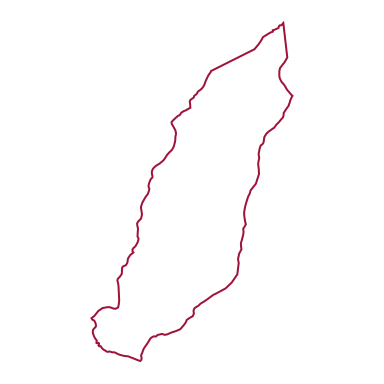 Newfield/Fiette, Choiseul, Saint Lucia (Mercator projection)
{"feature_id": "8701671B94960647396655", "entity_name": "Newfield/Fiette", "entity_type": "district", "adm_level": 2, "iso_a3": "LCA", "parent_name": "Saint Lucia", "parent_adm1": "Choiseul", "projection": "mercator", "projection_center": [-61.052, 13.789], "detail": "fine", "context": "isolated", "style": "outline", "palette": "rose", "viewbox_px": 384, "rotation_deg": 0, "n_neighbors": 0, "source": "geoboundaries", "source_scale": "gbopen_adm2", "svg_char_len": 5995}
<svg xmlns="http://www.w3.org/2000/svg" viewBox="0 0 384 384"><path d="M244.6,209.5L244.9,207.9L245.2,206.5L245.9,203.8L246.4,202.2L247.0,200.1L247.5,198.8L247.7,197.9L248.4,196.1L249.7,193.7L250.2,191.8L250.7,190.4L250.9,189.9L251.3,189.4L252.5,188.1L253.5,186.6L254.7,185.3L255.1,184.6L255.9,183.7L259.0,174.0L259.1,173.4L259.0,173.1L258.8,171.6L258.8,169.6L258.7,168.6L258.2,164.4L258.2,163.7L258.3,162.9L258.3,162.2L258.6,161.1L259.1,158.7L259.2,158.3L259.1,156.9L258.7,155.0L258.7,154.1L258.7,153.6L258.8,152.8L259.3,150.6L259.4,149.7L260.0,147.4L260.5,146.0L260.7,145.6L260.9,145.3L261.7,144.7L262.0,144.6L262.2,144.4L262.8,143.7L263.2,143.1L263.5,142.6L263.9,140.1L264.0,138.9L264.5,136.7L265.7,134.9L265.9,134.3L267.0,133.1L268.7,131.5L270.9,130.0L272.2,129.0L273.0,128.5L273.3,128.4L273.8,128.1L274.5,127.2L275.2,126.4L275.5,125.8L276.1,125.0L276.7,124.4L277.1,123.9L277.8,123.3L278.9,122.1L279.7,121.2L280.0,120.8L281.4,119.1L282.6,117.9L282.9,117.5L283.2,116.8L283.6,115.0L283.6,114.5L283.7,113.7L283.7,112.9L286.6,108.5L287.8,106.9L288.4,106.1L288.7,105.8L288.8,105.0L288.8,104.8L289.0,104.2L289.3,103.8L289.6,103.0L290.2,100.5L291.0,98.7L291.6,97.5L291.8,97.0L292.1,96.4L292.5,95.9L290.5,93.9L289.6,92.8L289.2,92.2L288.8,91.7L287.6,90.5L287.2,89.9L285.9,87.8L284.8,85.8L284.0,84.7L282.9,83.4L281.8,82.2L281.3,81.4L279.9,78.6L279.7,78.1L279.4,76.2L279.3,75.3L279.3,73.2L279.4,72.1L279.3,71.4L279.8,69.0L280.0,68.4L280.2,67.8L280.5,67.4L281.1,66.7L281.4,66.3L281.6,66.0L283.1,64.0L283.7,63.4L284.7,62.0L285.5,60.7L286.1,59.5L287.3,57.5L283.3,23.0L282.5,23.9L281.8,24.9L281.0,25.3L279.8,25.3L278.8,26.5L278.5,28.0L273.5,30.2L272.8,30.2L272.9,31.6L271.9,32.0L270.1,32.7L263.1,37.0L260.8,41.1L258.4,44.5L254.5,49.2L210.9,71.1L210.6,72.3L209.0,74.4L208.2,75.7L207.5,77.1L205.9,80.5L205.1,82.5L204.7,83.8L204.1,85.3L203.6,86.1L203.3,86.7L202.4,87.9L202.3,88.1L200.8,89.5L200.3,89.9L198.4,91.2L198.1,91.5L197.6,92.1L197.0,93.5L196.7,93.9L195.8,94.7L195.0,95.2L194.2,95.9L194.2,96.2L193.7,97.5L193.1,98.0L190.7,99.7L190.3,100.2L190.1,100.6L189.9,101.2L189.8,101.8L190.0,103.5L190.2,104.6L190.3,107.8L189.8,107.9L189.3,108.3L188.7,108.7L188.3,109.0L187.6,109.2L186.3,110.1L184.9,110.7L183.8,111.1L182.8,111.7L182.2,112.2L181.7,112.4L180.7,113.5L180.6,113.8L180.2,114.6L179.9,114.9L179.4,115.3L178.5,115.6L178.1,115.8L177.7,116.1L177.4,116.4L175.9,117.7L173.1,120.3L172.7,120.8L172.3,121.2L171.7,121.8L171.7,122.1L171.6,122.7L171.6,123.2L171.9,124.2L173.1,126.1L174.0,127.8L174.7,129.0L175.4,130.4L175.8,132.2L176.0,133.4L175.9,134.5L175.4,136.6L175.3,139.7L175.1,141.4L175.0,141.9L174.5,143.7L174.2,145.2L173.9,145.8L173.8,146.4L173.4,147.3L172.7,148.6L172.3,149.2L172.0,149.8L170.2,151.6L169.6,152.1L168.8,152.9L168.2,153.7L167.8,154.1L167.4,154.4L167.0,155.0L166.7,155.6L165.7,157.0L165.4,157.7L164.9,158.5L164.6,158.7L164.2,159.3L163.9,159.8L162.2,161.5L161.3,162.1L159.5,163.7L159.0,164.0L158.3,164.3L157.0,165.2L156.3,165.6L155.3,166.3L154.9,166.8L154.1,167.5L153.2,168.5L152.7,169.2L152.2,170.6L152.0,171.1L151.9,171.8L151.8,172.4L152.0,174.3L152.2,175.0L152.3,175.5L152.5,175.9L152.5,176.6L152.5,176.9L152.3,177.4L152.2,177.7L151.7,178.2L150.9,179.0L150.3,180.2L150.0,180.8L149.7,181.4L149.2,183.1L149.1,183.3L148.8,184.4L148.6,185.6L148.5,186.4L148.6,186.9L149.3,188.5L149.3,189.0L149.2,189.7L148.9,190.9L148.4,192.4L148.1,193.3L147.6,194.2L147.3,194.8L146.3,195.9L144.4,198.9L144.0,199.7L142.5,202.4L141.9,204.0L141.1,206.4L141.0,206.7L141.0,207.5L141.1,208.6L142.0,214.3L141.1,218.5L138.2,221.5L137.1,223.4L137.3,225.7L138.0,228.3L137.5,236.4L138.6,238.7L137.7,242.2L135.5,246.2L133.4,248.1L132.5,249.5L132.5,251.3L133.4,252.5L130.3,255.0L128.0,258.5L127.3,262.9L125.8,265.3L123.3,266.2L122.1,267.6L121.9,272.3L121.7,274.1L119.7,276.9L117.8,278.8L117.4,280.6L118.1,283.2L118.5,286.0L119.2,300.4L118.7,304.8L118.1,307.4L115.6,308.8L113.3,308.5L109.9,307.2L107.2,307.2L102.5,308.1L98.4,310.9L94.3,316.0L91.5,318.2L92.0,319.1L92.2,319.5L93.9,320.4L94.2,320.7L94.6,321.2L94.7,321.4L95.0,322.1L95.2,322.4L95.6,323.4L95.9,325.0L96.0,326.0L95.7,326.8L94.5,328.1L93.4,329.3L93.2,329.6L92.9,331.0L92.8,331.7L92.8,332.3L93.2,334.0L93.8,335.7L94.5,337.2L94.8,337.9L95.4,338.8L96.5,340.1L96.8,340.7L96.5,342.0L96.4,342.9L96.7,343.1L97.2,343.2L97.8,342.9L98.3,342.9L99.0,343.3L99.0,344.0L98.9,344.7L98.5,345.3L99.1,346.2L99.7,346.3L100.3,346.1L100.8,346.3L101.3,347.1L102.3,348.5L103.1,349.3L106.0,351.1L107.1,351.8L107.9,351.8L109.2,351.5L109.9,351.6L111.0,351.9L111.9,352.2L113.8,352.4L114.5,352.3L118.7,354.4L121.5,355.3L123.8,355.8L125.4,356.1L127.9,356.3L129.0,356.6L130.4,357.3L132.0,357.8L134.6,358.9L138.7,360.5L140.2,361.0L141.0,360.3L141.5,359.2L141.6,358.1L141.4,356.9L141.1,355.8L141.4,354.4L142.0,353.5L143.1,350.2L144.1,348.1L148.2,342.2L149.0,340.8L150.5,338.3L151.3,337.7L153.5,336.4L156.0,336.5L157.0,335.5L157.7,334.9L157.9,334.8L158.9,334.7L160.1,334.4L160.5,334.3L162.1,333.9L164.5,334.8L165.2,334.8L166.2,334.5L167.2,334.4L168.5,333.8L169.2,333.5L170.8,332.8L171.5,332.5L172.6,332.1L173.2,332.0L175.5,331.2L177.2,330.6L177.5,330.4L177.9,330.3L177.6,330.3L180.3,329.2L183.9,325.0L185.7,322.5L186.8,319.9L189.4,318.1L191.6,316.8L192.7,316.3L193.9,313.5L193.6,311.5L193.6,310.2L194.4,308.3L196.1,307.1L196.7,306.8L197.0,306.5L197.9,306.1L198.6,305.6L199.3,304.9L199.8,304.3L201.7,302.9L202.6,302.4L205.3,300.7L207.5,299.2L210.8,296.7L213.4,294.8L213.8,294.6L214.4,294.4L215.6,293.8L224.3,289.1L225.1,288.7L226.0,288.0L228.3,285.8L229.3,284.8L230.5,283.7L231.6,282.7L232.1,282.0L236.8,275.1L237.3,274.5L238.7,263.2L238.6,262.2L238.2,260.4L238.1,259.0L238.1,258.3L238.8,255.7L238.9,254.3L239.1,253.8L241.5,249.2L241.2,247.8L241.1,246.9L240.9,243.5L241.0,243.1L241.3,241.8L241.6,240.9L242.8,236.4L242.9,235.9L243.3,234.3L243.5,232.3L243.5,231.2L243.3,229.7L243.3,228.5L244.5,226.8L245.9,224.1L245.5,223.1L245.3,222.0L244.9,220.3L244.8,219.3L244.5,217.8L244.3,215.7L244.2,214.7L244.1,213.0L244.2,212.0L244.3,211.4L244.6,209.5Z" fill="none" stroke="#9f1239" stroke-width="2"/></svg>